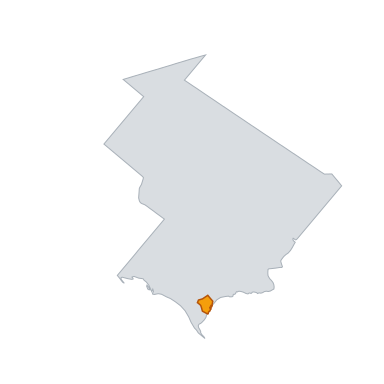 location of R'Kiz, Trarza, Mauritania, rotated 310°
{"feature_id": "47542326B92400580164100", "entity_name": "R'Kiz", "entity_type": "district", "adm_level": 2, "iso_a3": "MRT", "parent_name": "Mauritania", "parent_adm1": "Trarza", "projection": "mercator", "projection_center": [-15.137, 16.952], "detail": "fine", "context": "in_parent", "style": "filled", "palette": "amber", "viewbox_px": 384, "rotation_deg": 310, "n_neighbors": 0, "source": "geoboundaries", "source_scale": "gbopen_adm2", "svg_char_len": 4121}
<svg xmlns="http://www.w3.org/2000/svg" viewBox="0 0 384 384"><g transform="rotate(310 192 192)"><path d="M167.2,315.9L166.7,315.8L164.8,314.4L163.8,312.7L162.3,311.5L160.1,310.7L158.7,309.7L158.1,308.6L157.3,307.9L156.4,307.6L156.3,307.2L156.5,306.7L156.3,305.7L155.1,303.5L153.9,302.5L152.9,302.7L152.3,302.4L152.0,301.9L151.8,301.2L151.1,300.6L149.9,300.4L149.0,298.7L148.3,295.8L147.3,293.5L146.2,291.8L145.3,291.2L144.7,291.1L144.5,290.8L144.4,290.3L143.5,290.2L142.2,290.7L141.1,290.5L140.5,289.7L139.7,289.6L138.7,290.3L137.6,290.1L136.5,289.0L135.8,288.0L135.7,286.9L133.6,284.9L129.6,281.7L125.3,280.3L120.6,280.4L117.9,280.3L117.4,279.8L116.8,279.8L116.2,280.4L115.6,280.5L114.9,280.2L114.5,280.5L114.4,281.3L112.7,281.7L109.6,281.7L107.0,282.2L105.1,283.2L102.3,283.6L98.8,283.4L96.7,283.1L95.9,282.5L94.9,282.4L93.6,282.7L92.4,284.2L91.4,287.0L90.5,288.6L89.8,289.0L89.1,291.1L88.7,294.6L88.1,296.1L88.1,287.4L89.1,284.2L89.4,281.3L91.6,275.0L94.2,269.8L96.6,263.0L97.5,256.3L97.2,249.7L96.5,243.9L95.3,240.0L94.1,234.4L92.4,231.5L89.2,228.9L88.5,227.4L89.2,226.8L91.1,226.4L92.4,224.4L89.8,225.2L92.8,219.0L93.7,214.8L93.6,212.0L94.1,210.3L91.8,206.6L90.1,201.9L89.1,201.1L88.2,200.7L88.1,201.8L87.6,202.8L86.5,202.2L84.5,198.8L81.8,193.2L80.8,192.7L80.0,193.4L79.5,194.2L78.6,198.8L78.3,197.0L78.7,194.8L79.4,192.1L80.1,188.4L82.5,188.4L86.8,188.4L95.3,188.4L99.5,188.4L108.1,188.4L112.3,188.3L120.8,188.3L125.1,188.3L133.6,188.3L137.9,188.3L146.4,188.3L150.7,188.3L153.5,188.3L153.3,185.6L153.2,183.5L153.0,180.7L152.8,177.9L152.7,175.1L152.5,172.4L152.3,169.8L152.2,167.3L152.0,165.0L151.8,163.7L150.9,161.1L150.7,159.8L150.9,158.5L151.5,157.2L153.2,154.9L155.7,153.1L158.6,151.0L160.8,149.4L162.0,149.0L165.4,148.4L168.2,147.2L170.8,146.1L171.9,145.4L172.1,143.2L172.1,93.7L185.2,93.7L188.7,93.7L212.9,93.7L216.4,93.7L234.0,93.7L234.0,91.3L234.0,87.9L234.0,83.3L234.0,78.6L234.0,70.3L234.0,66.9L237.5,69.2L244.5,73.8L248.0,76.1L255.0,80.7L261.9,85.3L268.9,89.9L272.4,92.2L275.9,94.5L279.4,96.7L282.9,99.0L289.9,103.6L292.8,105.5L297.3,108.6L301.5,111.4L305.7,114.3L299.2,114.3L290.5,114.3L284.6,114.3L278.5,114.3L272.8,114.3L273.3,119.0L273.8,124.0L274.4,129.1L274.9,134.2L275.4,139.2L277.0,154.3L277.5,159.4L278.1,164.4L278.6,169.4L279.1,174.3L280.2,184.3L280.7,189.3L281.2,194.2L281.8,199.2L282.3,204.1L282.8,209.0L283.9,218.9L284.4,223.8L284.9,228.7L285.5,233.6L286.0,238.4L286.5,243.3L287.1,248.2L287.6,253.1L288.6,262.8L289.2,267.6L289.7,272.4L290.2,277.3L290.8,281.9L293.0,284.4L295.7,287.5L294.9,291.8L294.0,297.0L292.9,302.7L285.2,302.7L277.6,302.7L258.7,302.7L254.9,302.7L235.9,302.7L232.1,302.7L224.8,302.7L222.7,302.6L221.9,302.1L221.6,299.2L220.9,299.4L220.2,300.2L219.8,301.2L219.9,302.4L219.8,303.4L217.4,303.8L214.1,304.5L210.6,305.0L207.1,304.9L205.9,304.6L204.7,304.2L201.9,303.8L200.4,303.8L198.6,303.9L196.6,304.1L195.9,304.6L194.4,306.8L192.9,309.3L191.9,309.3L190.8,307.9L187.8,305.3L184.2,301.9L182.5,300.2L181.6,300.0L179.9,301.2L178.4,302.4L176.8,304.0L176.1,305.6L175.5,307.5L175.3,309.7L174.7,312.3L173.5,314.4L172.0,316.0L170.9,316.7L170.4,317.1L167.2,315.9ZM91.1,220.6L89.9,222.5L89.4,221.8L89.2,220.5L90.2,218.7L90.7,217.8L91.7,217.4L91.1,220.6Z" fill="#d9dde1" stroke="#a8b0b8" stroke-width="1"/><path d="M121.7,278.1L122.3,274.4L123.0,270.5L116.8,268.7L116.7,268.6L113.4,266.4L110.7,267.3L110.8,268.0L110.8,268.8L110.8,271.0L110.5,272.0L109.9,272.9L109.5,273.6L109.2,274.0L108.7,274.7L108.0,275.7L107.4,276.6L108.4,281.5L108.5,281.8L108.6,282.0L108.6,282.3L108.8,282.5L109.0,282.6L109.3,282.6L109.6,282.4L110.0,282.1L110.4,282.0L110.8,281.8L111.2,281.9L111.3,282.0L111.8,281.9L112.0,282.1L112.4,282.2L112.7,282.1L113.1,281.9L113.5,281.7L114.0,281.6L114.3,281.8L114.7,281.7L115.2,281.2L115.2,280.9L114.8,280.7L114.6,280.5L114.6,280.2L114.9,280.0L115.1,279.8L115.4,279.9L115.5,280.0L115.7,280.3L115.9,280.8L116.2,280.8L116.8,280.5L116.9,280.1L117.0,279.6L117.3,279.5L117.5,279.7L117.7,279.9L117.7,280.2L117.6,280.6L117.9,280.5L117.9,280.4L118.1,280.3L118.2,280.1L118.4,280.0L118.5,279.9L121.7,278.1L121.7,278.1Z" fill="#f59e0b" stroke="#b45309" stroke-width="1.5"/></g></svg>